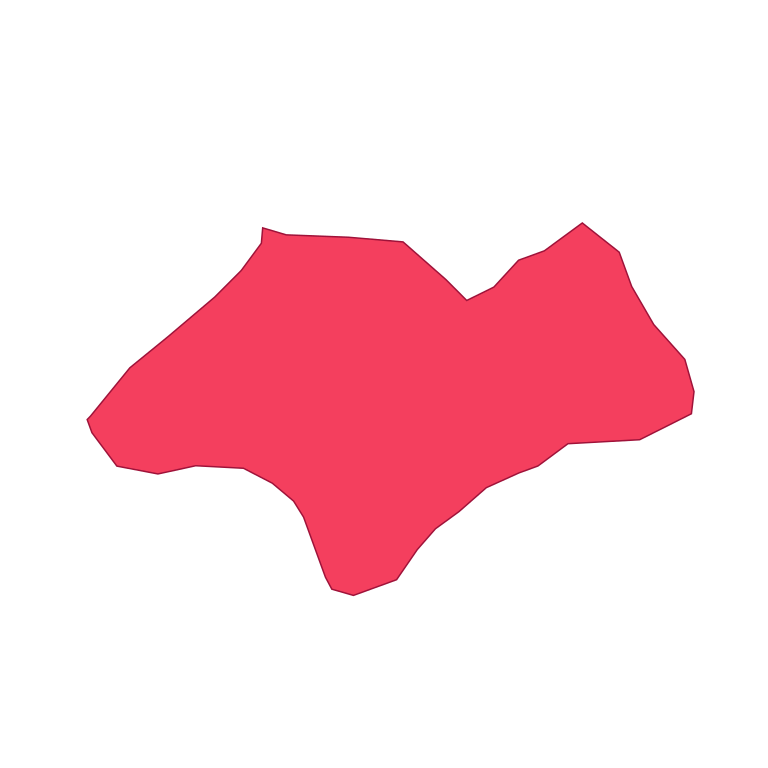 an SVG outline of Plasnica, rotated 160°
{"feature_id": "MKD-2902", "entity_name": "Plasnica", "entity_type": "Statistical Region", "adm_level": 1, "iso_a3": "MKD", "parent_name": "North Macedonia", "parent_adm1": "", "projection": "albers", "projection_center": [21.117, 41.443], "detail": "fine", "context": "isolated", "style": "filled", "palette": "rose", "viewbox_px": 768, "rotation_deg": 160, "n_neighbors": 0, "source": "natural_earth", "source_scale": "10m", "svg_char_len": 733}
<svg xmlns="http://www.w3.org/2000/svg" viewBox="0 0 768 768"><g transform="rotate(160 384 384)"><path d="M485.0,195.8L503.2,209.0L505.1,222.4L505.1,254.3L505.1,286.4L509.0,304.9L522.9,329.0L544.9,352.9L588.9,371.6L627.2,376.8L663.1,398.2L675.1,438.1L675.1,452.1L670.8,454.2L617.2,486.2L571.2,502.2L513.3,523.6L479.3,539.5L451.1,558.2L444.6,572.2L424.9,557.6L367.3,534.1L317.5,511.0L290.1,460.9L277.7,434.2L247.6,437.5L215.2,454.3L211.7,454.3L187.8,454.3L142.6,467.5L117.9,427.4L117.9,390.9L110.2,347.6L92.9,304.2L95.3,270.8L105.3,250.9L162.8,244.2L230.3,264.6L231.5,265.0L267.4,254.3L287.5,254.3L323.3,251.6L357.3,238.4L385.1,230.4L409.4,217.0L439.1,195.8L485.0,195.8Z" fill="#f43f5e" stroke="#9f1239" stroke-width="1.5"/></g></svg>